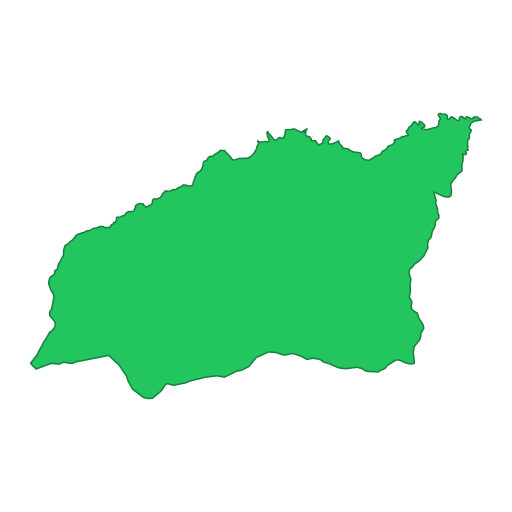 Talmaciu, Sibiu, Romania
{"feature_id": "2599482B75206169001308", "entity_name": "Talmaciu", "entity_type": "district", "adm_level": 2, "iso_a3": "ROU", "parent_name": "Romania", "parent_adm1": "Sibiu", "projection": "mercator", "projection_center": [23.935, 45.563], "detail": "fine", "context": "isolated", "style": "filled", "palette": "green", "viewbox_px": 512, "rotation_deg": 0, "n_neighbors": 0, "source": "geoboundaries", "source_scale": "gbopen_adm2", "svg_char_len": 6063}
<svg xmlns="http://www.w3.org/2000/svg" viewBox="0 0 512 512"><path d="M338.3,141.0L338.2,141.7L336.7,141.8L334.4,143.0L330.4,144.2L329.1,143.9L328.3,143.0L328.1,142.3L328.2,141.4L328.8,140.5L330.1,139.3L330.3,138.4L328.3,136.5L326.3,135.8L324.1,138.9L322.9,140.0L323.0,142.1L322.7,143.1L318.6,145.0L315.3,140.7L312.0,140.9L311.4,140.3L310.9,138.4L309.8,136.9L308.5,136.4L307.0,136.3L306.0,135.4L305.5,134.2L305.9,131.9L304.6,132.2L304.2,132.0L307.0,129.3L306.9,129.0L303.1,131.0L301.6,132.4L300.2,131.6L297.6,130.8L295.5,129.4L294.0,128.9L291.2,129.5L285.8,129.7L285.3,131.0L285.2,134.0L284.1,136.1L283.5,138.2L282.4,138.3L279.9,137.5L279.0,137.6L276.7,139.6L274.8,140.5L270.4,135.2L268.6,133.4L267.7,131.7L267.3,131.8L267.1,132.1L267.0,133.1L267.8,137.3L269.4,140.0L268.8,141.1L267.5,142.1L265.0,141.5L260.1,142.2L257.8,141.0L257.7,141.5L258.6,143.2L258.5,143.8L256.9,146.5L256.9,148.1L254.3,152.8L251.6,155.9L248.2,157.9L247.1,158.4L245.5,158.2L239.3,158.5L236.6,159.3L234.8,160.1L232.7,159.7L231.8,159.0L230.4,156.9L224.2,150.3L221.8,150.9L221.4,150.4L220.5,150.3L217.8,152.7L214.4,154.6L212.6,156.5L210.7,156.2L209.3,156.8L208.2,157.7L207.2,159.8L203.8,161.7L203.3,163.1L202.8,166.5L201.0,170.1L200.0,171.2L197.4,172.7L196.5,173.8L195.0,177.4L193.9,181.2L193.6,181.2L193.2,182.2L192.9,185.0L192.4,185.5L188.5,186.2L186.4,185.2L183.3,184.9L180.2,187.2L178.0,187.8L175.7,189.7L172.8,189.6L170.5,191.0L169.3,191.4L167.2,191.2L166.5,190.8L165.0,191.1L164.0,192.5L162.3,193.9L162.1,195.2L160.1,197.7L156.2,199.2L154.3,198.8L153.4,199.2L152.7,200.0L152.0,204.0L150.8,205.0L149.4,205.2L148.2,206.6L146.2,206.7L143.9,205.8L143.6,204.5L142.9,203.8L139.2,203.5L138.0,204.3L136.8,204.6L135.3,206.2L135.6,207.3L134.7,208.6L134.3,210.3L133.9,211.0L131.4,211.7L128.5,211.5L128.0,212.1L127.2,212.2L125.9,213.4L124.2,215.6L121.9,216.1L121.0,216.8L119.0,217.4L117.7,217.1L116.7,217.4L116.4,218.2L116.6,219.7L116.0,221.1L115.2,222.0L114.9,222.8L114.5,223.0L113.7,222.5L113.2,224.0L111.6,224.7L110.7,225.6L110.8,226.2L110.5,226.5L109.2,227.5L106.4,227.5L105.6,227.9L103.5,226.8L101.3,226.3L100.2,226.5L95.4,228.3L93.5,228.3L90.9,230.1L85.7,231.2L85.1,232.0L78.8,234.0L76.5,235.0L72.7,239.9L70.3,241.5L67.8,244.1L66.2,244.7L65.0,245.9L63.6,250.1L63.6,254.9L61.2,259.2L60.2,261.6L58.6,263.7L57.9,265.8L57.9,267.1L57.0,269.6L55.9,270.0L54.7,271.1L54.5,273.8L53.7,274.8L50.6,276.8L49.5,278.8L49.1,280.1L48.6,283.7L51.1,290.5L53.6,294.5L54.0,296.0L52.6,304.3L51.5,309.1L50.0,311.3L49.6,312.7L49.6,314.7L50.3,316.3L54.2,320.9L55.2,322.7L55.1,326.5L51.8,331.1L49.8,332.0L46.4,338.1L43.5,342.3L42.0,345.7L39.0,350.8L37.1,354.9L30.7,363.1L30.8,363.7L36.1,369.0L51.2,363.4L59.7,364.0L63.3,362.2L69.4,363.2L72.9,363.2L77.6,361.3L79.9,361.1L108.8,355.4L116.4,362.7L118.6,364.4L126.7,376.3L127.9,380.6L132.4,389.0L142.9,397.1L144.5,397.8L147.7,398.5L152.5,398.3L161.2,390.9L165.9,383.9L168.7,383.9L173.3,385.3L185.9,382.8L189.2,381.2L204.5,377.4L216.7,375.8L224.6,377.1L236.0,371.4L241.6,370.2L248.9,366.5L256.3,357.5L268.4,352.0L275.8,352.5L283.4,355.0L286.9,354.7L291.1,353.6L293.8,353.8L301.1,356.2L306.8,359.4L312.5,358.3L314.9,358.5L319.1,359.3L320.6,359.8L323.6,362.0L329.7,363.9L338.1,367.6L342.2,368.4L345.9,368.7L357.3,367.2L359.6,368.0L361.2,368.2L365.6,370.9L370.0,371.7L373.9,371.6L377.4,372.0L378.6,371.8L379.5,370.8L384.7,368.6L385.7,367.7L387.4,365.3L390.3,363.7L395.0,360.5L396.7,360.0L398.4,359.9L400.3,360.4L405.1,362.7L408.9,363.7L412.1,363.9L414.2,363.4L414.3,362.1L413.3,352.1L414.1,347.1L414.5,346.2L419.4,340.2L420.5,337.4L420.8,336.0L420.8,334.5L421.0,333.0L423.6,328.7L423.8,327.9L423.2,325.3L422.2,323.2L418.8,318.1L417.3,313.1L413.6,310.9L411.5,309.0L411.6,307.4L411.0,306.5L411.7,303.4L411.7,301.3L409.9,298.4L409.3,296.6L409.8,295.1L410.3,291.4L410.3,287.5L410.1,284.3L410.9,279.5L410.8,278.3L410.1,277.0L409.7,275.6L409.0,272.3L409.2,271.1L410.0,269.0L412.4,267.0L414.5,264.2L419.2,260.9L424.1,255.6L425.0,253.4L427.8,248.2L427.9,246.7L427.5,244.7L428.2,241.1L428.5,240.2L430.6,238.0L431.3,236.4L432.3,231.2L433.9,228.6L435.1,225.8L435.4,221.6L435.8,220.8L438.8,218.1L438.9,215.5L437.5,212.1L437.6,209.2L435.6,203.1L436.1,200.7L436.0,199.8L433.7,192.3L435.4,192.6L442.7,196.0L445.3,196.8L448.3,197.1L449.8,196.6L450.9,195.6L451.3,193.2L451.5,190.5L450.7,185.0L450.9,183.8L452.8,180.7L455.6,177.6L456.9,175.0L458.8,173.3L461.7,171.5L462.1,169.1L461.7,165.4L463.0,160.6L463.1,156.5L462.7,154.0L465.0,154.6L465.9,154.4L466.4,153.7L466.4,153.0L465.6,151.5L465.7,151.0L466.5,150.4L467.9,150.2L468.1,149.9L467.6,148.2L468.0,146.6L467.4,144.5L467.7,143.0L467.5,142.1L467.6,140.7L468.0,139.8L469.4,138.6L469.3,134.2L471.4,130.6L471.0,129.7L469.7,128.8L469.0,127.5L470.3,125.3L470.8,123.2L472.4,122.4L473.6,121.4L475.1,120.9L476.2,120.9L481.3,119.9L480.6,119.0L479.3,118.8L477.6,117.2L476.7,117.0L474.3,117.0L473.5,117.4L472.6,118.5L471.4,118.9L468.3,117.2L466.3,116.8L466.1,117.3L465.9,118.4L465.4,118.9L463.8,117.9L462.5,116.6L461.5,116.6L459.9,116.9L459.2,119.8L458.3,120.7L457.0,120.3L453.8,117.9L451.6,116.8L450.9,117.0L449.0,119.3L448.3,119.5L447.3,118.8L447.4,115.9L446.5,114.7L445.3,114.2L441.9,114.2L440.7,113.5L439.6,113.5L438.7,114.0L438.2,114.8L440.4,118.7L440.4,119.3L438.9,121.0L438.6,124.7L437.7,126.3L435.9,127.5L432.4,128.1L429.5,129.1L428.3,129.1L427.0,129.7L422.4,129.1L421.7,128.8L421.5,128.3L421.8,127.9L424.1,127.1L424.6,126.8L424.9,125.8L424.4,124.8L421.0,121.7L419.8,121.4L419.2,121.7L419.0,122.3L419.2,124.7L418.6,125.1L417.8,124.6L415.3,122.0L414.2,121.8L413.1,122.7L411.4,125.6L408.9,127.4L407.9,129.4L406.4,131.0L406.3,131.8L406.6,132.7L408.5,134.5L408.2,135.4L405.6,135.8L404.4,136.6L402.0,136.6L399.9,138.2L394.6,139.7L394.2,140.6L394.9,141.6L394.9,142.0L393.0,144.2L390.4,145.5L388.6,145.9L385.8,149.6L382.3,151.3L380.8,154.0L379.0,155.0L375.3,156.1L373.5,157.9L371.5,158.7L369.7,160.0L368.5,160.3L365.3,159.8L364.1,159.3L362.3,157.9L361.4,156.5L361.2,154.1L360.2,152.9L357.9,152.4L354.1,152.1L351.0,150.9L347.7,148.8L343.2,148.2L341.8,146.0L339.9,144.2L338.8,141.5L338.3,141.0Z" fill="#22c55e" stroke="#15803d" stroke-width="1.5"/></svg>